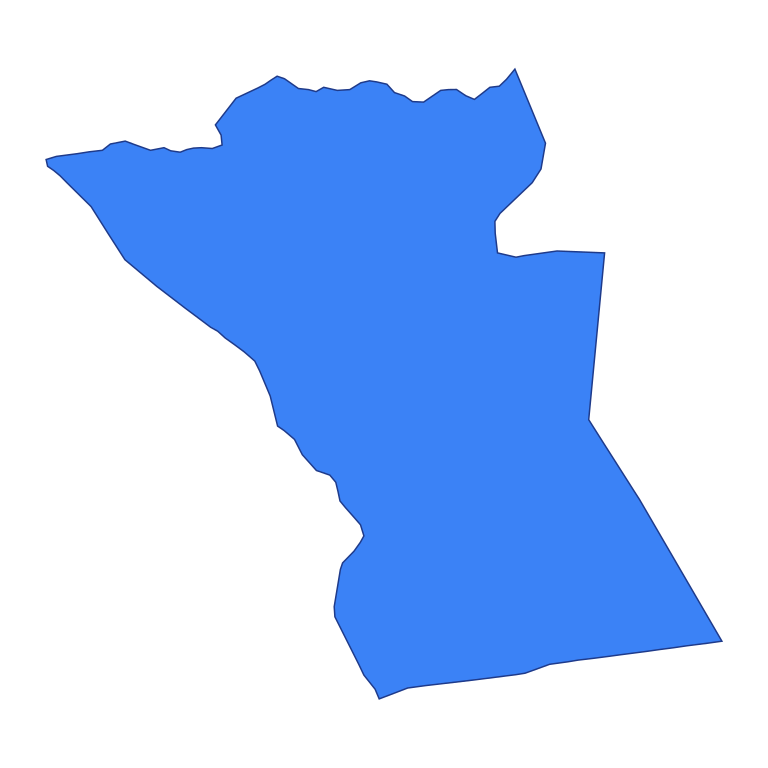 outline of Palhano, Ceará, Brazil
{"feature_id": "56859067B4489324695943", "entity_name": "Palhano", "entity_type": "district", "adm_level": 2, "iso_a3": "BRA", "parent_name": "Brazil", "parent_adm1": "Ceará", "projection": "mercator", "projection_center": [-38.049, -4.715], "detail": "fine", "context": "isolated", "style": "filled", "palette": "blue", "viewbox_px": 768, "rotation_deg": 0, "n_neighbors": 0, "source": "geoboundaries", "source_scale": "gbopen_adm2", "svg_char_len": 1617}
<svg xmlns="http://www.w3.org/2000/svg" viewBox="0 0 768 768"><path d="M514.9,69.1L506.5,79.3L499.3,86.2L489.9,87.3L482.3,93.3L474.4,99.4L465.7,95.7L456.5,89.5L448.5,89.6L440.7,90.4L431.9,96.4L423.6,102.1L412.5,101.6L404.6,96.0L394.5,92.6L386.9,84.2L376.7,81.9L369.5,80.8L360.8,82.8L349.8,89.6L337.3,90.4L323.7,87.3L316.1,91.6L308.5,89.6L298.4,88.5L284.6,78.8L277.1,76.2L270.9,80.2L265.0,84.3L257.8,88.0L236.1,98.2L215.4,124.9L221.1,135.1L222.1,145.0L212.3,148.5L201.4,147.7L193.5,148.1L186.7,149.6L180.2,152.2L170.7,150.8L164.0,147.7L150.5,150.3L134.3,144.5L125.2,141.1L110.4,144.0L102.4,150.3L89.3,151.8L77.2,153.7L56.4,156.4L46.1,159.5L47.6,166.3L53.6,170.4L60.1,175.8L66.9,182.7L91.1,206.6L107.9,233.2L124.9,259.7L156.7,286.3L185.5,308.4L201.7,320.5L210.7,327.3L217.7,331.2L225.2,338.0L234.3,344.5L244.1,351.8L254.8,361.1L259.7,371.0L270.2,396.0L277.6,426.1L283.9,430.4L294.5,439.4L302.3,454.7L316.4,470.5L329.8,475.1L335.8,482.3L338.0,491.5L340.0,501.0L345.6,507.8L354.0,517.3L360.5,524.8L363.9,535.9L360.3,542.4L354.0,551.2L342.6,562.9L340.4,569.4L334.2,606.7L334.9,616.8L358.8,664.4L363.9,675.1L375.1,689.2L379.2,698.9L407.7,688.0L425.5,685.6L473.6,680.0L506.8,675.8L515.7,674.7L525.1,673.2L549.6,664.3L567.9,661.8L578.1,660.1L592.8,658.4L609.1,656.3L620.1,654.8L634.1,653.0L646.5,651.4L659.1,649.6L673.8,647.7L686.8,645.8L708.3,643.1L721.9,641.2L639.5,499.5L634.1,491.1L613.8,459.2L602.7,441.8L588.7,419.7L604.6,252.9L557.0,251.0L524.2,255.6L516.0,257.2L497.5,252.9L495.2,233.2L494.9,221.4L500.0,213.4L532.2,182.7L541.0,169.0L545.5,143.2L514.9,69.1Z" fill="#3b82f6" stroke="#1e3a8a" stroke-width="1.5"/></svg>